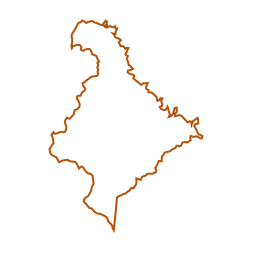 Jacarezinho, Paraná, Brazil (Natural Earth projection), rotated 188°
{"feature_id": "56859067B90346200090543", "entity_name": "Jacarezinho", "entity_type": "district", "adm_level": 2, "iso_a3": "BRA", "parent_name": "Brazil", "parent_adm1": "Paraná", "projection": "natural_earth1", "projection_center": [-49.952, -23.147], "detail": "fine", "context": "isolated", "style": "outline", "palette": "amber", "viewbox_px": 256, "rotation_deg": 188, "n_neighbors": 0, "source": "geoboundaries", "source_scale": "gbopen_adm2", "svg_char_len": 3847}
<svg xmlns="http://www.w3.org/2000/svg" viewBox="0 0 256 256"><g transform="rotate(188 128 128)"><path d="M191.4,84.5L189.7,85.7L188.3,86.6L186.7,87.2L183.5,88.1L181.2,87.1L179.1,86.9L176.1,87.2L174.3,86.3L173.2,84.6L170.9,81.1L169.7,82.7L168.2,83.6L166.4,82.1L164.0,79.4L161.6,77.6L158.0,77.2L156.4,75.7L155.7,73.1L154.9,70.2L154.4,67.8L155.7,63.7L155.9,60.6L156.9,57.4L157.8,55.3L159.6,53.8L161.3,51.9L161.6,49.0L159.2,47.2L157.6,45.7L155.2,43.5L152.8,43.3L149.6,40.4L147.3,39.2L145.3,39.1L143.5,39.1L138.5,37.5L137.2,36.9L136.0,35.7L135.1,33.9L134.2,32.6L133.1,31.6L131.5,30.5L129.9,28.8L129.2,26.4L127.8,24.8L128.8,49.5L129.3,57.9L122.9,62.3L121.4,62.6L119.7,64.7L117.7,66.3L117.2,67.8L116.0,69.2L114.1,69.2L112.0,73.7L112.2,76.1L112.7,79.3L109.8,78.6L108.1,78.4L107.4,81.2L106.3,82.2L103.9,83.3L102.5,85.3L98.8,86.0L97.5,86.0L95.8,87.4L94.5,87.9L94.0,90.0L95.5,92.2L94.2,94.9L93.4,97.8L92.9,99.6L91.5,99.8L90.0,99.6L90.4,103.5L90.1,105.1L88.9,106.9L88.2,108.8L85.8,109.8L83.1,110.9L81.6,112.7L80.3,113.3L78.3,115.0L77.4,117.2L75.8,117.1L74.2,117.0L72.9,118.2L72.2,121.1L69.4,122.1L67.4,121.9L65.9,123.0L64.2,124.7L65.1,127.2L64.8,128.9L62.8,128.4L60.8,128.5L59.5,129.2L57.3,129.0L55.4,127.9L53.2,128.1L53.2,130.3L55.0,131.2L57.2,131.5L58.4,133.1L59.5,135.0L60.9,136.9L62.7,139.3L61.9,141.1L60.6,141.4L59.1,142.3L59.7,145.8L60.6,147.7L63.2,145.0L64.5,144.1L65.4,140.1L66.4,143.0L67.9,143.3L69.4,141.9L70.8,142.6L72.4,144.1L75.5,146.6L76.8,147.5L78.5,147.9L81.2,147.1L82.9,146.2L83.7,148.4L82.2,150.2L82.0,152.1L82.7,155.0L84.5,154.3L84.8,151.9L85.1,149.8L85.8,147.3L87.3,145.6L89.1,144.6L88.4,147.3L90.1,150.4L90.9,153.1L91.9,154.6L92.3,153.0L93.4,151.1L95.1,150.9L97.8,151.4L99.5,153.2L97.4,154.6L97.2,156.1L98.3,157.9L98.9,159.5L98.0,162.0L99.7,162.1L101.5,159.5L102.6,158.9L104.1,162.6L106.0,164.1L107.2,165.1L108.9,166.1L110.4,166.4L112.7,166.3L112.9,168.4L115.0,168.9L115.8,171.7L115.2,173.9L114.8,175.3L117.4,174.6L118.8,174.5L120.9,172.6L123.2,174.0L125.6,175.4L127.7,176.7L129.7,177.9L128.9,180.4L130.0,181.4L134.0,181.9L136.2,183.2L136.0,185.0L133.5,185.8L131.2,187.3L132.5,188.1L134.1,189.8L136.0,190.4L136.6,192.3L137.6,194.3L138.7,196.3L138.1,199.2L139.7,199.6L140.9,200.9L139.9,203.0L139.6,204.6L138.7,207.2L140.1,207.3L141.7,206.0L142.9,207.5L144.4,208.4L146.6,208.0L147.5,209.4L149.1,211.6L147.3,214.0L149.3,215.2L151.2,215.5L153.4,216.2L154.6,218.4L156.1,219.5L153.5,219.5L153.8,221.4L152.9,223.2L152.7,225.2L154.2,224.9L155.0,227.0L156.5,225.7L158.3,225.7L160.2,226.6L161.2,225.6L163.0,224.6L164.3,224.7L166.2,225.9L164.7,226.5L162.9,226.5L163.9,228.3L163.5,230.1L165.0,231.2L165.8,229.8L166.9,227.8L167.6,226.5L169.5,226.3L173.6,227.7L175.7,227.7L178.0,229.1L179.4,228.9L180.9,227.8L182.4,227.5L183.9,226.2L187.2,227.9L188.5,228.0L189.4,226.3L191.5,225.3L192.2,224.1L192.8,222.1L194.1,218.6L195.4,215.6L196.4,213.6L196.7,210.6L195.7,208.8L195.4,207.1L195.3,204.8L195.4,200.8L194.7,199.2L194.1,201.1L192.0,202.4L189.8,203.3L187.3,203.5L185.4,201.7L185.5,198.9L183.0,198.1L181.3,199.7L178.7,200.9L176.8,200.8L175.7,199.7L174.9,198.5L173.6,195.9L171.5,195.6L169.0,194.7L168.5,193.3L165.9,189.7L167.4,188.2L166.5,186.9L166.2,185.3L166.9,183.9L165.5,181.3L166.0,179.3L164.9,177.4L166.0,175.2L171.2,173.8L176.9,168.2L177.9,166.6L179.2,166.0L178.8,164.2L177.6,162.8L175.7,161.0L176.3,158.9L178.5,156.9L179.4,153.4L181.0,153.2L182.7,152.3L182.7,149.9L180.8,148.0L179.8,146.2L179.2,144.7L179.0,142.2L180.8,139.7L183.2,138.3L183.6,134.2L185.6,130.9L187.3,129.1L188.6,129.3L189.9,129.7L191.1,127.2L191.3,125.5L190.6,123.1L189.2,120.7L189.0,117.8L189.9,115.3L191.5,114.8L193.0,115.0L194.8,114.6L197.3,112.9L200.0,112.1L201.3,113.5L202.8,110.5L201.2,108.1L199.6,102.5L200.9,100.6L202.0,97.8L202.8,96.4L201.7,92.8L200.3,90.9L198.6,90.3L196.8,89.5L195.2,89.2L193.9,87.8L191.4,84.5Z" fill="none" stroke="#b45309" stroke-width="2"/></g></svg>